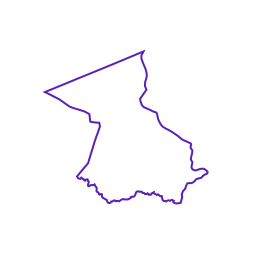 Pio IX, Piauí, Brazil, rotated 22°
{"feature_id": "56859067B46069021860817", "entity_name": "Pio IX", "entity_type": "district", "adm_level": 2, "iso_a3": "BRA", "parent_name": "Brazil", "parent_adm1": "Piauí", "projection": "natural_earth1", "projection_center": [-40.649, -6.764], "detail": "fine", "context": "isolated", "style": "outline", "palette": "violet", "viewbox_px": 256, "rotation_deg": 22, "n_neighbors": 0, "source": "geoboundaries", "source_scale": "gbopen_adm2", "svg_char_len": 3017}
<svg xmlns="http://www.w3.org/2000/svg" viewBox="0 0 256 256"><g transform="rotate(22 128 128)"><path d="M98.9,192.0L100.0,192.9L101.1,193.3L102.1,193.1L102.8,193.0L103.3,191.5L104.8,192.2L106.4,192.1L107.0,192.9L107.9,193.0L108.4,191.6L109.3,190.9L110.0,190.9L110.7,192.1L111.8,192.5L112.2,195.8L112.7,196.6L113.4,196.7L115.3,194.6L116.5,194.3L117.4,193.8L118.1,192.8L119.7,194.3L121.2,195.0L122.0,196.8L122.4,198.3L123.2,198.8L124.1,198.8L125.0,199.1L125.8,200.2L126.7,200.4L127.5,199.4L128.6,199.2L129.1,200.3L129.8,201.6L130.9,202.2L135.3,202.7L136.5,204.1L137.5,204.8L138.9,204.5L139.8,203.8L140.0,202.4L141.1,202.0L142.0,200.5L142.7,200.1L144.1,200.5L145.0,199.6L146.4,199.4L147.3,199.3L148.7,197.0L149.7,195.9L151.2,195.6L154.0,194.6L154.8,194.1L155.6,193.2L156.7,192.0L156.5,191.0L157.3,190.3L158.9,189.6L159.5,188.7L159.8,187.5L159.6,185.9L159.7,184.3L160.1,183.7L161.3,182.8L163.1,182.7L164.3,181.9L165.1,182.2L165.9,182.8L167.0,182.2L167.7,182.4L168.6,182.9L169.2,182.4L170.2,182.2L170.5,181.3L171.7,181.3L172.2,182.1L173.0,181.7L173.7,181.6L174.5,180.8L174.4,179.8L175.1,179.0L176.0,177.9L176.3,178.8L177.5,179.0L178.9,179.0L179.7,179.4L180.3,178.6L181.4,178.3L182.5,179.0L183.8,179.1L184.7,178.5L186.2,180.4L186.7,181.5L187.7,182.0L188.8,182.3L189.8,181.7L190.8,181.9L191.3,181.0L192.6,179.9L193.6,179.7L194.4,179.7L195.2,178.5L195.8,178.1L196.7,178.3L197.7,178.3L197.7,179.7L198.9,180.1L200.9,179.9L202.7,179.0L204.9,177.7L204.4,173.8L204.3,172.1L203.5,170.7L202.9,169.7L202.6,167.9L202.7,166.1L202.9,165.2L203.8,163.2L203.6,160.2L203.6,157.9L204.0,156.9L206.0,155.9L207.2,155.5L208.4,154.4L209.3,153.1L210.1,150.8L210.5,149.9L211.9,148.6L214.5,146.8L215.2,144.9L215.7,143.9L216.4,142.8L218.4,140.6L218.5,139.2L217.5,138.4L215.6,137.8L213.9,137.4L212.3,137.8L210.1,139.0L206.9,141.9L205.9,142.2L204.2,142.3L203.0,142.0L202.2,141.4L201.4,140.2L200.6,135.7L199.0,134.4L198.1,133.6L197.6,132.2L196.9,127.6L196.6,126.1L196.2,125.0L195.7,124.4L194.0,123.4L193.1,122.3L192.7,119.4L191.9,118.8L188.0,118.6L184.2,118.5L181.8,118.2L177.7,116.8L173.7,115.9L171.1,115.3L169.9,115.1L166.3,114.6L163.1,114.4L161.5,114.0L160.6,114.0L158.7,113.3L157.1,112.4L156.4,111.9L153.1,109.0L151.3,106.7L149.9,104.4L148.6,103.1L146.5,103.1L145.0,103.3L142.5,103.0L136.1,102.8L133.7,102.4L131.8,101.1L129.7,98.7L128.3,96.5L130.5,86.6L130.7,85.6L128.2,82.9L127.7,82.1L127.1,80.5L126.5,77.4L126.5,75.9L126.2,73.9L125.7,72.2L124.8,70.4L122.7,67.3L116.8,61.3L115.3,59.6L114.5,58.6L114.0,57.7L113.6,56.8L113.2,55.2L113.3,54.3L113.6,53.0L113.7,51.2L89.9,74.7L85.6,78.9L62.4,101.5L37.5,125.8L41.2,126.1L43.9,126.2L45.2,126.4L48.4,126.7L53.9,127.2L54.6,127.5L56.0,127.7L56.8,127.9L61.3,129.0L62.8,129.3L65.5,130.0L69.1,130.0L77.1,129.3L80.8,129.0L82.0,129.0L87.0,129.6L90.2,135.5L90.6,136.2L92.1,136.0L92.8,135.9L97.0,134.7L99.4,133.9L101.4,137.1L101.7,142.4L101.8,144.8L101.9,148.5L102.0,149.4L102.1,152.3L102.8,159.9L103.2,165.0L103.7,170.6L104.2,175.5L101.5,183.7L98.9,192.0Z" fill="none" stroke="#5b21b6" stroke-width="2"/></g></svg>